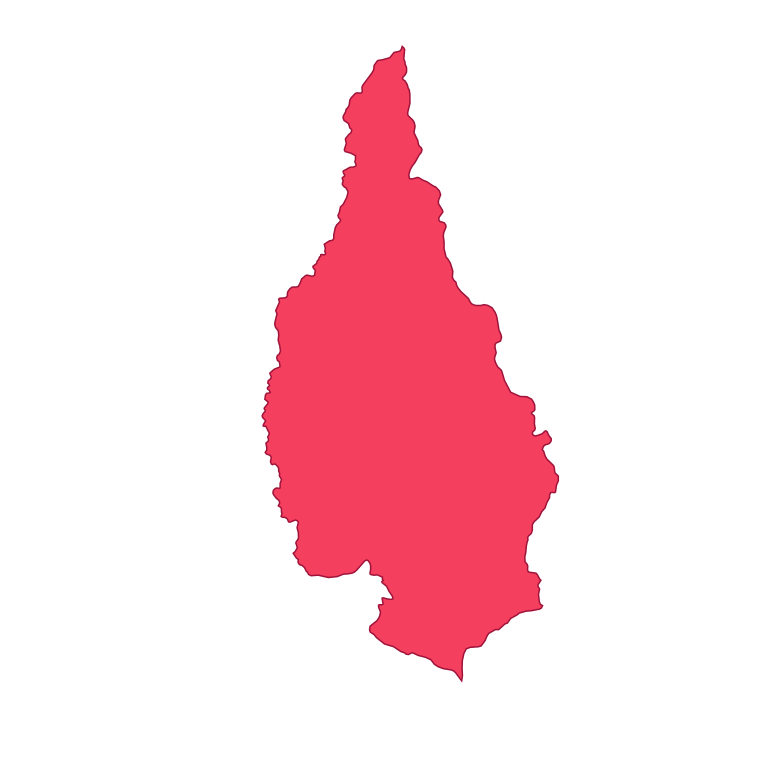 the district of Linares, Nariño, Colombia, rotated 337°
{"feature_id": "7082276B86818396743416", "entity_name": "Linares", "entity_type": "district", "adm_level": 2, "iso_a3": "COL", "parent_name": "Colombia", "parent_adm1": "Nariño", "projection": "orthographic", "projection_center": [-77.518, 1.405], "detail": "fine", "context": "isolated", "style": "filled", "palette": "rose", "viewbox_px": 768, "rotation_deg": 337, "n_neighbors": 0, "source": "geoboundaries", "source_scale": "gbopen_adm2", "svg_char_len": 6155}
<svg xmlns="http://www.w3.org/2000/svg" viewBox="0 0 768 768"><g transform="rotate(337 384 384)"><path d="M443.4,649.9L441.9,648.1L441.9,645.1L444.0,638.0L447.1,633.5L446.7,630.0L447.6,628.8L451.8,625.9L451.1,624.7L450.7,619.8L450.0,617.5L444.2,614.0L443.4,612.8L443.5,611.2L445.2,607.7L445.3,605.9L444.4,602.8L446.1,598.0L448.3,595.1L451.8,588.6L454.3,585.0L455.5,584.0L456.3,581.4L457.9,580.2L460.4,579.5L461.8,578.5L463.4,576.5L465.7,571.3L468.3,569.5L474.8,567.1L479.4,563.1L483.8,561.0L487.4,557.0L492.0,553.3L492.9,551.1L494.7,549.3L496.0,549.3L498.7,550.7L499.7,550.4L503.3,544.4L506.6,541.3L508.5,536.9L506.9,533.1L506.8,531.9L508.1,527.3L508.2,525.3L504.6,516.8L504.2,513.0L504.7,508.4L504.1,506.1L506.0,504.1L508.0,503.0L512.4,503.4L514.2,502.8L515.7,501.6L516.6,499.6L515.6,495.8L515.5,491.8L514.8,490.4L513.5,490.3L510.1,491.6L505.6,491.4L502.8,490.9L501.3,489.4L501.3,487.5L502.0,486.3L504.6,485.4L505.8,484.1L506.9,479.4L509.6,473.5L509.7,471.7L508.4,469.4L508.4,468.1L512.1,467.2L512.9,466.4L514.5,462.2L514.5,458.7L513.9,455.6L510.6,451.6L504.5,448.7L497.4,441.1L496.3,427.9L497.4,418.3L497.2,416.7L495.4,412.8L495.0,408.9L495.3,404.7L496.3,402.7L499.4,399.2L500.5,393.7L501.6,391.2L503.2,390.1L508.0,390.0L510.5,386.9L511.0,384.0L510.9,379.3L513.7,368.0L514.3,364.5L514.2,360.9L513.2,355.9L510.1,352.1L507.2,350.1L503.6,349.5L499.6,347.8L497.7,346.4L496.1,344.6L495.4,342.4L495.1,338.2L490.8,328.7L489.7,324.6L489.4,321.7L490.0,318.3L488.8,315.7L488.6,312.5L491.4,307.1L492.1,301.1L492.3,298.7L491.5,293.4L490.7,291.6L492.1,283.0L494.8,276.7L496.4,271.0L498.0,268.2L502.3,263.8L503.0,262.0L502.5,259.2L499.2,256.4L498.6,255.3L498.7,254.1L499.8,252.1L505.4,248.7L505.7,246.9L504.6,239.2L505.9,236.3L510.1,231.9L510.4,227.8L508.6,222.9L506.6,220.8L502.6,214.7L499.5,211.6L496.6,207.7L495.4,206.9L490.3,206.3L488.0,205.2L487.8,204.3L488.6,201.1L491.8,197.0L495.5,194.2L499.2,192.1L505.6,187.1L509.0,185.2L510.6,183.0L510.5,180.8L509.6,179.2L509.3,177.3L510.2,173.0L509.8,164.3L513.3,158.9L514.0,155.1L513.6,152.3L511.3,147.0L511.1,145.2L512.0,143.2L517.6,135.7L521.1,127.2L522.1,123.4L521.9,120.9L522.4,117.5L521.8,113.2L520.7,111.6L520.4,110.1L520.8,109.3L524.5,107.5L526.5,105.8L527.2,104.5L528.4,101.4L528.4,97.8L529.1,96.0L529.2,92.5L533.7,84.2L533.5,82.2L532.6,80.4L530.6,82.8L528.4,83.8L522.8,82.7L516.8,85.9L509.0,84.9L505.0,83.8L503.8,84.1L499.4,86.9L497.3,90.7L494.4,93.0L481.0,100.8L479.5,102.6L478.4,106.0L477.7,106.8L476.2,107.2L473.0,105.5L471.3,105.3L466.3,107.4L463.7,109.1L460.8,113.8L458.8,115.4L456.4,116.4L455.0,118.4L451.1,121.6L450.3,123.0L450.2,125.8L453.1,130.4L452.6,135.0L453.5,137.0L453.3,138.1L451.6,139.9L449.5,140.4L444.6,143.0L444.0,143.9L443.3,147.8L439.0,152.8L439.0,154.8L443.7,158.6L447.0,162.7L445.2,166.6L444.0,168.0L444.0,171.5L443.4,172.2L442.1,172.4L440.4,172.3L437.5,171.2L429.7,172.0L429.2,173.1L429.3,176.6L428.6,177.3L426.3,177.8L425.8,178.8L425.8,181.2L424.2,182.8L423.6,184.2L424.4,187.0L425.7,188.9L426.0,192.6L425.6,193.8L422.6,197.7L418.2,201.4L416.5,202.7L413.1,204.0L409.6,209.0L407.5,210.8L407.2,212.9L408.1,216.0L406.9,217.4L402.7,219.0L400.2,221.1L396.0,227.1L394.9,230.0L393.5,231.3L392.2,231.5L389.8,230.9L383.6,232.0L383.1,236.0L381.3,238.9L381.4,240.3L380.6,241.6L379.2,241.8L377.6,240.5L376.3,240.3L375.7,241.5L374.0,242.1L372.7,243.7L370.6,244.7L369.0,246.7L364.6,247.9L364.2,249.2L365.1,252.6L362.5,256.9L360.0,256.8L355.9,253.8L354.4,253.5L349.3,255.1L345.4,259.1L343.2,260.6L341.6,260.6L337.2,258.9L334.5,259.6L331.6,261.4L330.3,263.1L329.6,265.0L328.1,265.9L326.4,266.0L321.6,264.3L320.2,264.7L319.8,267.8L313.0,274.1L312.9,277.7L307.9,284.3L306.7,286.6L306.3,289.4L307.4,293.8L306.3,297.7L303.7,302.4L302.9,308.3L301.5,313.3L299.5,315.3L296.8,316.3L295.5,317.9L295.1,320.7L296.3,322.6L295.2,327.2L294.3,327.6L288.7,327.5L283.3,329.3L283.0,330.0L283.1,333.4L281.8,334.8L278.6,335.8L277.4,337.7L278.1,339.3L277.9,340.9L275.4,341.7L275.0,342.3L274.9,343.3L275.9,345.0L276.0,347.3L274.8,347.5L272.3,346.7L270.6,347.8L268.3,351.6L270.1,354.9L270.0,355.8L269.0,356.9L264.6,359.2L264.0,360.1L264.4,361.7L264.0,362.7L261.4,363.9L259.4,365.7L259.2,367.5L260.7,371.5L257.2,374.2L256.4,375.3L256.8,376.0L258.7,376.7L259.2,384.4L258.2,385.8L256.2,387.4L256.1,389.9L255.0,391.4L252.2,392.3L251.3,396.5L250.3,398.9L247.9,400.6L248.4,402.5L250.8,404.7L251.4,405.8L251.5,407.7L249.2,411.0L249.0,413.6L250.0,414.7L251.8,414.8L252.7,415.4L253.9,418.3L254.0,420.6L253.0,423.2L253.0,425.5L251.8,427.6L252.3,431.9L249.6,434.8L247.8,439.0L246.7,439.1L244.6,437.8L242.9,437.7L240.6,438.7L239.2,440.8L239.1,442.7L240.2,447.1L241.6,449.7L241.9,451.5L241.1,453.2L239.1,454.8L240.6,457.0L240.8,458.7L239.5,462.0L239.7,463.0L237.5,465.8L238.8,467.2L240.6,468.0L242.3,470.3L242.3,473.6L242.6,474.0L243.6,474.4L249.3,474.6L250.7,475.9L251.1,477.2L251.1,477.8L247.8,482.4L247.2,487.0L245.4,491.7L244.3,493.3L241.6,494.9L240.7,496.0L240.3,500.7L237.0,503.4L234.3,504.3L235.3,509.9L236.5,512.1L235.4,514.0L235.2,515.9L236.1,517.8L237.7,518.9L239.1,522.0L239.3,526.2L239.9,526.9L240.2,529.9L242.0,532.0L248.8,534.3L257.2,540.4L265.7,543.0L272.6,543.2L276.3,544.6L280.6,545.6L283.2,545.6L286.5,544.5L297.0,539.4L299.3,539.2L300.4,540.6L301.0,543.1L300.8,545.8L299.2,549.6L297.1,552.7L297.1,554.0L299.7,555.9L303.4,557.2L307.1,561.3L306.1,563.4L306.6,564.5L304.7,565.1L304.6,566.0L307.4,571.3L307.6,576.6L308.7,582.1L308.6,584.7L308.1,585.3L306.3,585.0L303.3,583.3L299.7,580.5L298.5,580.4L297.2,586.2L295.8,586.4L293.2,585.3L292.4,585.7L291.8,587.6L291.7,592.5L289.7,595.5L287.7,597.4L285.1,599.1L276.6,601.5L274.6,604.7L274.4,607.0L277.0,610.9L278.0,614.5L282.9,623.5L290.2,629.6L295.0,636.9L297.9,639.5L298.8,641.3L300.8,642.6L304.4,642.3L305.4,642.7L309.3,647.1L315.2,651.6L319.4,656.1L320.9,661.8L323.4,665.4L327.4,669.2L334.2,673.5L336.1,675.5L337.1,677.7L339.5,687.6L342.2,683.2L345.0,675.7L348.1,669.1L352.2,663.3L356.2,659.9L360.5,660.1L368.1,662.7L371.0,663.1L376.9,659.6L380.3,656.3L382.9,654.5L390.6,653.6L393.5,654.9L401.7,652.1L404.1,652.3L409.0,649.3L417.1,648.4L418.8,647.7L426.0,648.6L430.8,650.2L439.1,652.0L441.4,651.7L443.4,649.9Z" fill="#f43f5e" stroke="#9f1239" stroke-width="1.5"/></g></svg>